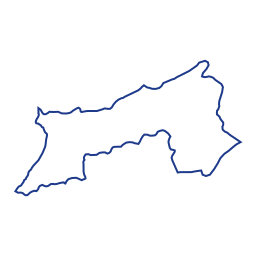 the Region of Souss - Massa - Draâ
{"feature_id": "MAR-1455", "entity_name": "Souss - Massa - Draâ", "entity_type": "Region", "adm_level": 1, "iso_a3": "MAR", "parent_name": "Morocco", "parent_adm1": "", "projection": "mercator", "projection_center": [-8.042, 30.523], "detail": "fine", "context": "isolated", "style": "outline", "palette": "blue", "viewbox_px": 256, "rotation_deg": 0, "n_neighbors": 0, "source": "natural_earth", "source_scale": "10m", "svg_char_len": 3041}
<svg xmlns="http://www.w3.org/2000/svg" viewBox="0 0 256 256"><path d="M240.6,142.1L236.4,144.4L233.1,147.0L228.6,150.9L224.4,153.8L220.5,158.0L217.7,163.4L214.1,169.2L209.9,174.7L206.0,176.0L202.6,174.7L201.2,170.5L196.2,171.2L191.4,172.1L186.4,172.1L180.5,172.1L177.7,172.5L172.4,160.5L171.6,157.8L172.0,156.2L174.7,151.8L174.8,150.5L173.3,149.9L171.0,149.5L169.8,147.9L168.7,143.3L168.5,141.3L169.6,137.9L170.4,136.4L168.1,133.4L165.0,131.0L162.8,130.2L159.5,131.0L157.7,131.8L156.4,134.1L155.0,135.3L153.0,135.6L150.0,135.7L147.4,134.7L144.3,134.6L142.7,136.3L141.0,139.2L139.8,141.8L138.4,143.9L134.2,143.1L132.7,142.4L131.2,142.3L129.8,142.1L126.3,142.6L124.3,143.8L122.5,145.1L121.0,146.7L114.5,146.8L112.7,147.4L111.5,149.2L110.6,151.5L109.2,152.9L107.4,153.6L105.2,152.4L102.7,152.4L99.4,152.9L96.7,154.8L90.9,155.1L88.4,154.2L85.6,154.4L84.5,156.1L83.9,157.5L84.0,158.9L84.5,159.9L83.6,161.1L83.3,162.3L83.5,163.6L83.6,171.9L84.2,174.6L85.3,177.0L85.5,178.4L84.6,179.1L83.2,179.4L81.8,180.2L76.4,177.8L72.1,178.0L68.3,179.2L66.4,181.4L65.4,183.5L64.6,183.3L63.8,182.4L62.6,182.5L59.1,183.2L57.0,183.9L54.8,184.2L52.8,183.9L51.0,184.0L48.0,186.0L46.1,186.4L44.2,185.8L42.3,184.9L39.9,185.9L38.8,187.2L38.2,189.1L36.5,191.1L34.4,190.8L32.4,191.4L30.4,192.4L27.4,195.1L25.5,195.2L23.9,194.2L23.0,193.3L21.8,192.8L20.8,192.6L18.0,192.7L15.4,191.3L17.4,188.2L18.5,186.9L19.2,186.3L20.8,185.7L21.4,185.0L22.4,183.5L23.4,182.2L23.8,181.3L24.0,180.5L24.2,180.1L25.7,179.1L25.8,178.8L26.2,177.8L27.9,175.3L28.1,174.8L28.2,173.8L28.4,172.8L28.8,171.9L29.2,171.2L31.1,169.4L31.4,168.8L31.7,168.1L33.3,165.8L38.5,160.2L42.6,152.9L45.1,146.9L45.5,145.1L46.2,139.2L46.9,136.2L47.0,135.2L46.9,134.0L46.4,133.4L45.8,133.0L45.1,132.2L44.7,131.5L43.7,129.1L43.3,127.6L43.0,127.4L42.6,127.3L42.1,127.1L41.7,126.8L41.0,125.5L38.2,123.6L37.3,123.5L36.4,123.3L35.8,122.7L35.9,120.9L36.7,119.1L37.8,117.5L38.5,116.0L38.8,114.9L38.8,114.3L38.7,113.9L38.4,113.5L38.4,113.2L38.5,112.8L38.5,112.3L38.4,108.1L40.6,109.7L42.3,112.7L43.7,114.2L45.6,114.2L47.9,113.0L49.4,111.8L53.4,112.0L58.1,111.8L61.9,113.4L66.4,113.5L69.4,113.0L71.2,112.2L72.8,110.8L76.9,108.3L78.6,107.7L79.7,108.5L80.4,109.6L80.6,111.2L81.3,112.0L82.3,111.9L84.6,111.4L87.5,111.0L97.0,111.0L102.5,109.3L104.8,108.4L108.1,108.9L110.0,108.8L111.8,107.4L113.6,104.4L115.8,101.8L118.4,99.7L121.2,98.3L123.1,97.9L124.7,96.8L138.3,90.3L140.7,88.4L142.0,86.8L143.2,86.0L143.9,85.3L145.6,86.4L147.0,87.4L149.5,87.9L152.1,88.8L155.8,88.9L159.3,87.9L161.5,86.1L163.3,83.1L172.2,79.4L174.2,78.9L176.8,77.2L189.2,71.0L197.0,65.5L199.2,62.6L205.1,60.8L207.9,62.3L208.6,65.2L206.6,68.8L202.9,73.2L202.0,76.4L203.7,77.0L205.8,77.1L208.8,76.4L210.9,76.8L213.3,77.8L215.2,79.8L221.4,84.1L222.9,87.0L222.1,92.2L219.3,101.1L219.0,104.0L219.3,106.3L218.1,109.6L217.1,110.6L216.9,112.3L217.0,114.5L218.2,115.4L219.6,116.9L220.3,118.7L221.7,120.7L223.2,122.4L223.2,124.8L222.4,126.8L222.7,129.7L225.0,131.7L227.0,132.5L230.2,135.1L234.5,138.0L240.6,142.1Z" fill="none" stroke="#1e3a8a" stroke-width="2"/></svg>